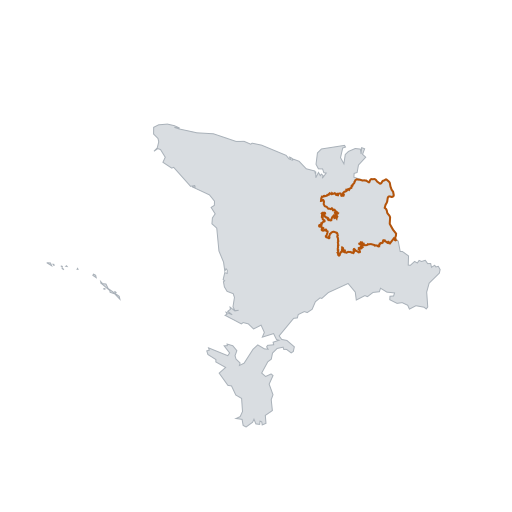 Rajasthan highlighted on a map of India, rotated 123°
{"feature_id": "IND-3250", "entity_name": "Rajasthan", "entity_type": "State", "adm_level": 1, "iso_a3": "IND", "parent_name": "India", "parent_adm1": "", "projection": "robinson", "projection_center": [75.292, 26.62], "detail": "fine", "context": "in_parent", "style": "outline", "palette": "amber", "viewbox_px": 512, "rotation_deg": 123, "n_neighbors": 0, "source": "natural_earth", "source_scale": "10m", "svg_char_len": 9804}
<svg xmlns="http://www.w3.org/2000/svg" viewBox="0 0 512 512"><g transform="rotate(123 256 256)"><path d="M106.9,223.3L112.7,222.0L113.4,217.8L123.9,219.6L130.9,216.7L133.3,218.7L136.6,216.8L132.7,201.7L128.8,201.2L127.1,198.8L127.7,191.6L121.2,188.8L121.5,184.3L130.5,173.5L134.5,177.2L145.5,174.2L150.3,164.8L156.1,161.5L161.0,150.6L165.3,148.7L166.2,144.7L173.7,137.5L172.5,135.7L172.9,128.1L180.7,123.4L179.8,121.5L174.2,120.0L174.0,116.9L170.9,116.8L170.4,114.1L167.4,111.7L168.9,107.9L167.2,105.4L169.9,102.7L166.5,101.1L167.2,99.2L165.4,97.5L167.1,94.2L170.5,92.9L184.5,96.0L193.3,93.2L205.2,84.2L207.7,84.4L207.4,87.1L210.6,94.8L217.0,98.4L214.7,101.9L215.5,108.0L218.9,111.9L219.8,120.0L216.8,121.7L214.6,118.8L211.5,119.7L215.0,126.5L215.2,134.0L218.8,133.1L222.8,138.0L229.4,140.4L229.9,143.1L238.3,147.9L232.2,153.1L228.9,163.8L247.2,175.4L255.7,177.7L256.3,179.5L262.0,181.3L270.1,179.9L275.5,182.2L276.3,185.2L282.1,188.7L285.4,187.6L287.8,190.5L310.4,193.1L312.0,189.0L310.0,184.1L311.3,174.4L315.7,172.7L318.1,173.7L317.7,179.5L319.2,181.9L317.7,183.6L322.0,187.9L328.4,189.3L334.2,187.0L338.3,188.5L351.1,187.5L351.8,182.3L346.7,179.1L347.0,176.6L356.3,175.2L363.1,166.2L368.2,165.0L376.7,158.1L384.6,161.4L390.9,156.5L394.3,158.8L392.0,160.8L392.3,162.7L395.2,161.2L396.9,164.6L394.0,168.8L397.3,168.3L404.8,171.2L405.1,174.5L400.6,178.7L403.2,184.3L399.3,181.8L393.8,182.6L383.3,190.5L383.6,197.2L378.3,205.8L379.8,209.1L374.3,223.1L366.0,220.8L366.7,232.0L364.7,233.2L364.8,242.7L362.4,245.6L360.4,243.9L358.9,245.8L355.0,225.4L351.7,225.3L348.7,233.8L346.8,231.2L345.6,232.3L343.9,226.6L345.8,220.5L351.0,219.3L353.3,216.7L354.4,211.1L356.8,210.3L352.4,207.6L335.9,207.7L329.6,206.1L329.3,198.4L327.6,195.1L326.4,197.6L324.6,197.6L320.8,192.8L319.0,194.7L314.2,190.9L314.9,193.3L311.5,199.0L320.6,206.5L315.5,207.4L311.2,214.1L318.5,218.3L317.1,225.5L318.8,230.5L320.9,231.3L322.6,249.6L320.6,248.6L319.5,250.5L318.2,244.0L317.8,249.6L314.7,248.4L313.0,249.9L313.6,243.8L311.0,241.0L313.3,244.0L311.2,247.6L302.5,251.5L300.0,254.6L301.4,261.0L299.1,265.7L295.3,269.3L293.9,268.8L293.7,270.7L287.0,273.1L286.3,270.7L283.6,272.3L283.0,274.2L285.7,273.9L278.8,279.9L272.0,289.8L254.0,304.1L253.0,310.5L247.8,313.3L242.9,313.2L239.7,320.1L236.2,318.5L232.6,320.7L230.1,328.3L232.8,347.3L231.3,344.6L230.3,345.8L233.2,348.8L226.5,373.3L228.2,374.6L228.1,385.1L222.6,385.9L218.7,394.1L219.5,396.9L223.7,398.6L219.1,397.7L213.3,399.7L210.8,402.2L209.5,408.3L203.8,411.9L199.0,409.1L193.6,402.1L191.2,395.5L190.3,389.8L192.6,394.5L191.4,389.9L184.9,372.7L176.7,358.3L170.8,335.2L166.3,328.3L165.1,321.3L163.5,320.7L160.0,311.7L155.2,285.6L156.6,281.1L156.2,279.5L154.8,281.7L154.5,280.4L154.6,277.8L156.4,278.0L154.3,277.0L153.1,271.4L155.5,261.4L152.7,253.0L153.9,251.8L152.6,251.9L157.8,248.5L151.9,249.1L153.6,245.8L151.7,245.8L152.0,243.6L154.7,242.7L148.2,242.3L149.2,244.4L146.7,247.6L148.9,251.1L146.4,255.6L136.1,260.6L130.6,259.4L115.0,242.0L115.9,240.3L118.2,242.1L127.5,238.7L130.8,232.5L122.3,236.4L117.9,235.4L111.8,231.3L109.5,226.7L113.2,223.4L107.6,226.4L106.9,223.3ZM363.3,370.6L361.2,366.6L363.8,362.3L364.3,348.8L366.4,346.6L364.7,353.8L365.9,358.6L364.6,359.8L363.3,370.6ZM375.5,422.0L375.6,427.8L373.8,424.6L375.5,422.0ZM361.1,382.3L359.7,382.4L359.5,380.0L361.2,378.2L361.1,382.3ZM370.7,412.6L370.6,414.3L370.2,412.8L370.7,412.6ZM372.3,410.3L371.7,412.6L371.9,410.2L372.3,410.3ZM374.1,419.9L373.5,421.7L373.1,421.0L374.1,419.9ZM364.6,398.8L363.6,398.9L364.1,398.0L364.6,398.8ZM362.9,371.5L362.0,372.4L362.4,370.9L362.9,371.5ZM366.2,364.6L366.7,366.2L365.6,365.0L366.2,364.6ZM368.2,409.9L367.4,409.6L367.7,408.7L368.2,409.9ZM363.1,353.7L362.6,355.5L362.8,353.5L363.1,353.7Z" fill="#d9dde1" stroke="#a8b0b8" stroke-width="1"/><path d="M140.6,175.3L142.3,175.3L145.5,174.3L145.7,172.6L145.9,172.1L146.7,171.0L148.3,169.5L148.8,168.5L149.5,166.1L150.5,164.6L156.0,161.5L156.3,161.2L159.4,155.4L160.9,150.7L162.8,149.7L164.6,149.3L166.7,147.6L166.7,147.4L166.9,147.5L167.0,148.2L166.2,149.4L166.1,150.0L172.5,150.5L172.5,150.9L172.8,151.2L172.8,151.5L172.1,152.0L171.9,152.7L172.0,152.9L172.3,153.0L173.2,152.6L173.4,152.8L173.1,154.8L173.4,155.5L173.4,156.0L172.8,156.3L172.7,156.5L173.4,157.8L173.7,157.8L173.9,157.4L174.9,157.5L175.7,157.0L176.6,157.4L177.1,158.4L177.8,158.4L178.2,159.0L179.2,158.5L179.5,158.8L179.9,158.8L180.6,158.2L180.7,158.4L180.7,158.8L180.8,159.0L181.3,158.7L181.5,159.4L181.2,159.8L181.4,160.5L182.0,161.5L182.6,161.9L182.6,162.3L182.3,162.7L183.4,166.1L184.5,167.5L185.2,168.2L185.2,168.6L185.7,168.6L186.4,168.9L187.1,169.7L188.4,171.7L188.3,171.9L187.9,171.5L187.0,172.4L187.3,172.8L187.6,172.5L187.9,172.5L187.2,173.8L187.4,174.1L187.2,174.3L186.9,174.3L186.8,174.5L187.3,175.1L187.4,175.6L188.8,175.5L189.4,176.1L189.7,175.8L189.6,175.1L189.4,174.9L189.2,173.2L189.3,172.9L190.1,172.8L190.7,173.2L190.9,173.2L191.1,172.7L190.7,172.4L191.0,172.1L190.6,171.7L190.6,171.4L191.0,171.5L191.3,171.9L192.2,171.8L192.5,172.4L192.0,172.3L192.4,172.8L192.1,173.0L192.9,173.3L193.0,173.9L193.3,174.1L193.6,173.8L194.3,173.6L194.1,172.7L195.3,171.9L195.7,171.2L196.2,171.0L197.1,171.9L197.1,172.2L196.9,173.2L197.2,175.4L196.9,176.0L196.7,176.8L196.9,177.3L196.7,177.6L196.8,177.7L197.5,177.6L197.8,177.0L198.5,176.9L198.5,176.7L198.1,176.4L198.3,176.0L198.9,176.2L199.4,176.0L199.7,176.2L199.9,176.0L200.1,176.2L200.3,176.0L200.6,176.0L200.8,177.1L201.2,177.7L201.0,178.3L201.2,178.6L201.2,179.1L202.0,180.2L202.3,181.0L203.5,181.7L203.9,181.8L204.0,182.4L204.5,183.3L204.3,183.6L204.0,183.8L203.8,184.2L203.0,184.4L202.9,184.7L203.2,184.9L203.4,185.2L204.1,185.4L204.4,185.2L204.7,185.7L205.0,185.4L205.1,185.7L202.1,187.1L201.9,187.5L201.9,188.4L202.2,188.3L202.6,187.7L203.0,187.7L204.4,187.1L205.2,186.5L206.5,186.9L206.8,186.7L207.8,186.9L208.2,187.3L208.3,186.9L208.7,186.8L209.1,186.4L209.7,186.3L210.4,186.5L210.5,186.7L210.1,187.1L209.8,187.2L210.1,187.8L209.8,187.9L209.7,188.2L209.6,188.3L209.1,188.2L209.1,188.8L208.8,189.5L208.2,189.4L207.0,189.7L206.8,190.2L206.2,190.4L206.3,190.8L205.4,191.3L205.1,191.6L204.1,191.9L203.1,192.7L202.3,192.7L202.2,193.2L202.1,193.3L201.3,193.4L200.8,194.1L200.0,194.8L199.1,194.8L198.9,195.0L198.7,195.5L198.0,195.6L197.7,196.1L196.9,196.5L196.7,196.9L195.9,197.5L195.8,198.1L195.2,198.6L194.2,198.6L194.0,199.1L193.2,199.5L192.9,200.1L192.9,200.7L192.5,200.9L193.3,204.1L193.8,204.4L194.2,205.0L194.8,205.2L195.5,205.6L196.5,205.6L197.1,206.0L197.9,205.8L198.9,205.4L199.7,205.5L200.0,205.3L200.3,204.6L200.8,204.3L201.2,204.3L201.5,204.7L201.4,205.2L201.6,205.8L201.5,206.3L202.0,207.1L201.8,207.9L201.3,208.3L200.6,208.1L199.9,208.1L198.8,208.5L197.9,208.6L196.5,209.2L196.3,209.5L196.7,210.9L196.4,211.2L195.8,211.4L195.7,211.7L196.3,212.5L196.6,212.7L197.4,212.7L198.0,213.2L198.4,213.8L198.5,214.7L198.3,215.2L197.1,215.7L196.9,215.6L196.6,214.8L196.1,214.7L195.9,214.8L196.1,217.6L196.8,218.8L196.5,219.5L195.5,219.7L194.5,218.9L194.4,218.7L194.6,218.1L194.4,217.9L193.6,218.2L193.3,218.9L192.9,219.1L192.3,218.4L191.5,218.5L190.8,218.2L189.8,218.2L189.6,217.9L189.6,217.4L189.4,217.4L188.9,217.9L188.8,220.0L188.5,220.4L187.5,221.1L187.6,221.6L187.5,222.0L185.5,223.0L184.8,222.6L184.8,223.3L184.5,224.1L183.5,223.8L183.3,223.1L182.5,222.5L182.3,221.7L182.8,221.1L183.7,221.6L184.4,221.3L184.8,221.6L185.6,220.4L185.6,220.2L185.2,219.9L185.0,219.5L185.1,219.1L185.5,218.6L185.6,218.1L185.5,217.8L185.1,217.5L184.9,216.5L185.2,215.7L185.9,216.0L186.3,215.6L186.3,214.4L185.7,213.7L185.7,213.0L185.0,212.3L184.0,212.8L181.9,213.2L179.3,212.8L179.1,212.3L179.5,211.8L179.3,210.9L179.9,211.4L180.4,211.6L181.0,211.5L181.5,210.9L181.3,210.8L180.4,211.0L179.9,210.7L179.9,210.4L180.5,210.5L180.6,210.4L180.3,209.7L180.6,208.9L179.8,209.2L178.7,209.2L178.3,209.9L178.3,210.9L177.8,210.8L177.3,211.3L176.3,210.9L175.9,210.5L175.5,210.5L175.7,211.3L175.6,212.0L177.0,212.1L177.1,212.3L176.9,213.4L176.1,213.6L175.9,213.6L175.4,212.9L175.3,212.3L175.1,212.2L175.0,212.9L175.1,213.6L174.4,215.3L174.5,215.6L175.6,216.0L175.8,216.4L174.9,217.3L174.6,218.4L174.7,218.5L175.5,218.5L176.0,218.8L176.3,220.2L177.0,221.1L176.3,223.3L176.4,224.1L176.7,224.9L176.7,225.6L175.8,227.2L175.5,227.6L173.5,228.5L172.9,229.1L172.4,230.1L172.5,230.5L173.8,230.8L174.4,231.5L171.9,232.8L171.0,232.7L170.3,233.1L169.4,231.7L169.0,231.4L168.5,231.7L168.3,231.5L168.0,230.4L166.6,229.3L166.4,229.2L166.1,229.5L165.8,229.5L165.0,228.3L164.0,228.6L163.6,228.3L163.2,228.3L163.1,226.3L162.8,226.0L162.6,225.9L161.9,226.3L161.9,225.2L161.4,224.9L161.0,224.2L160.4,224.1L160.5,222.8L161.1,222.3L160.8,221.1L160.4,220.3L160.2,220.4L159.9,221.0L159.3,221.4L158.7,220.5L157.8,219.7L157.5,219.0L157.9,218.1L158.2,217.6L158.7,217.6L159.0,217.2L158.9,216.9L158.5,217.1L157.8,216.8L157.7,215.5L156.7,215.7L156.5,216.0L156.3,217.0L155.7,217.3L153.9,216.9L153.3,216.1L152.1,215.5L151.7,215.5L151.4,216.3L151.2,216.4L150.8,215.8L150.7,215.3L150.1,215.3L150.0,215.0L149.5,214.9L149.0,214.5L149.1,214.3L149.9,214.2L149.9,213.9L148.3,214.0L147.5,213.7L147.0,213.1L146.4,213.3L145.8,213.7L145.0,213.4L144.8,213.6L144.7,214.0L144.3,213.9L144.1,213.5L142.8,213.7L141.8,213.4L140.8,213.4L140.3,213.8L139.5,213.7L138.5,214.0L136.8,213.3L136.3,211.9L135.4,210.3L134.7,207.7L133.5,206.4L133.3,205.6L132.7,204.9L132.8,201.6L132.5,201.2L132.1,201.2L131.0,201.5L129.8,201.6L128.8,201.3L128.5,200.9L128.3,200.2L126.9,198.5L126.8,197.9L126.9,196.7L127.6,195.1L127.8,191.3L127.5,191.0L126.8,190.6L124.3,190.7L123.9,190.6L122.7,189.6L121.1,188.9L120.8,188.5L120.8,188.0L121.2,185.1L121.5,184.2L121.9,183.5L124.8,180.8L125.4,179.8L126.5,178.5L127.4,176.0L129.9,173.6L131.1,173.3L132.1,173.8L132.8,174.6L132.9,175.5L133.2,176.3L133.6,176.9L134.1,177.2L134.8,177.3L135.7,177.1L138.9,175.6L140.6,175.3Z" fill="none" stroke="#b45309" stroke-width="2"/></g></svg>